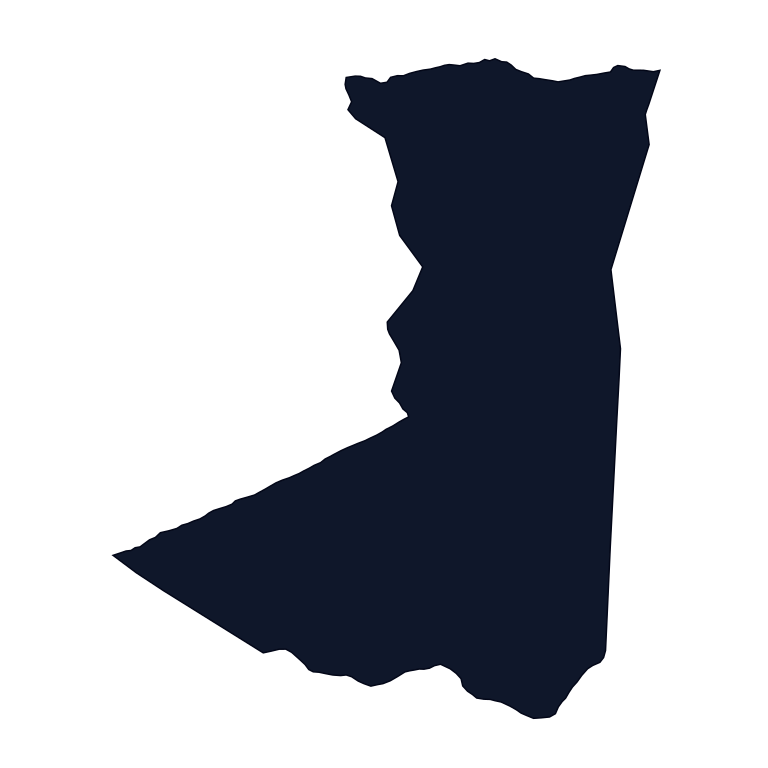 Boninal, Bahia, Brazil, rotated 92°
{"feature_id": "56859067B83846349550781", "entity_name": "Boninal", "entity_type": "district", "adm_level": 2, "iso_a3": "BRA", "parent_name": "Brazil", "parent_adm1": "Bahia", "projection": "mercator", "projection_center": [-41.805, -12.826], "detail": "fine", "context": "isolated", "style": "filled", "palette": "ink", "viewbox_px": 768, "rotation_deg": 92, "n_neighbors": 0, "source": "geoboundaries", "source_scale": "gbopen_adm2", "svg_char_len": 2573}
<svg xmlns="http://www.w3.org/2000/svg" viewBox="0 0 768 768"><g transform="rotate(92 384 384)"><path d="M642.6,153.3L539.7,152.2L413.5,150.1L372.0,149.3L340.5,148.9L261.8,161.2L135.5,127.4L105.5,132.3L100.6,130.9L95.1,129.1L60.9,119.2L62.5,125.7L61.4,135.7L61.7,145.7L60.5,150.1L58.3,154.2L57.6,161.5L59.7,165.6L64.3,168.6L65.5,174.7L67.2,182.1L68.2,188.8L68.8,193.5L70.5,199.0L72.0,204.4L73.7,208.8L76.0,220.6L75.1,226.1L74.2,233.7L73.4,239.7L73.1,245.1L69.1,250.5L67.1,257.5L65.0,263.3L60.8,268.0L58.0,272.6L57.8,277.7L55.1,284.4L57.3,289.8L56.2,294.7L59.4,299.9L60.5,305.6L60.4,311.3L63.3,319.1L62.8,325.1L62.5,330.0L63.4,334.7L65.0,339.0L66.2,343.7L67.7,348.6L68.9,355.8L70.6,362.4L72.7,369.3L75.3,375.4L75.4,381.4L77.3,388.1L82.3,391.5L83.6,398.0L79.2,406.6L78.8,413.3L77.3,418.2L77.3,423.5L79.0,432.5L85.9,433.3L90.3,432.3L96.5,429.1L103.1,426.2L111.1,429.6L119.9,421.6L137.8,391.6L181.3,377.0L205.6,382.7L235.0,373.5L265.6,349.4L289.7,358.4L322.0,382.9L329.2,382.2L333.7,380.3L340.8,375.7L349.7,370.1L355.5,368.8L362.2,367.4L390.8,376.2L397.7,372.7L402.4,367.8L408.3,364.2L411.8,359.7L416.0,358.2L418.3,362.4L421.2,367.2L425.8,374.0L429.2,380.3L432.1,384.2L435.5,389.8L438.1,395.0L441.5,401.4L444.3,408.1L446.7,413.3L448.9,418.2L452.0,424.4L455.7,430.9L458.6,435.8L461.0,440.2L464.8,444.6L467.7,450.9L470.9,456.0L473.7,461.2L476.4,465.6L478.5,470.2L481.0,475.3L483.6,482.2L486.5,488.4L490.3,494.5L493.3,499.2L496.4,504.5L499.5,509.6L501.9,516.8L504.1,523.7L506.0,528.5L509.4,531.7L512.1,537.6L514.2,543.8L516.4,550.0L519.2,554.7L522.1,558.1L525.3,563.3L527.7,569.7L530.3,575.1L532.2,581.1L535.6,586.0L538.2,593.9L540.4,602.3L545.3,607.1L547.9,612.9L551.9,617.9L555.3,622.1L556.3,627.0L559.2,631.0L559.9,636.0L561.9,641.2L564.7,648.8L581.4,624.8L598.2,597.2L656.9,495.3L654.9,487.4L652.7,479.5L652.4,472.9L655.4,466.9L658.9,462.7L663.0,457.8L667.1,453.1L672.0,449.2L674.1,444.7L674.3,439.0L675.5,432.1L676.6,425.1L676.9,417.2L676.1,411.6L677.7,406.1L681.8,399.4L684.2,393.5L686.4,386.6L684.6,379.7L683.5,374.6L680.4,367.4L675.8,360.1L671.0,353.0L669.7,348.3L668.8,343.9L667.6,338.8L667.6,334.1L666.4,328.6L663.7,323.7L662.1,317.7L666.3,307.9L670.7,301.7L675.8,296.7L683.0,294.8L688.1,289.8L691.0,285.1L694.6,280.4L695.5,273.2L695.5,266.8L696.6,262.1L697.7,255.9L701.5,246.9L704.9,240.4L708.1,235.5L710.3,229.9L712.9,222.9L712.1,215.0L711.0,206.9L707.5,201.2L700.6,198.5L695.2,194.9L691.7,191.6L685.7,188.4L680.3,185.1L675.1,180.7L668.3,176.2L661.5,170.6L658.0,165.6L654.6,158.5L649.7,155.0L642.6,153.3Z" fill="#0f172a" stroke="#020617" stroke-width="1.5"/></g></svg>